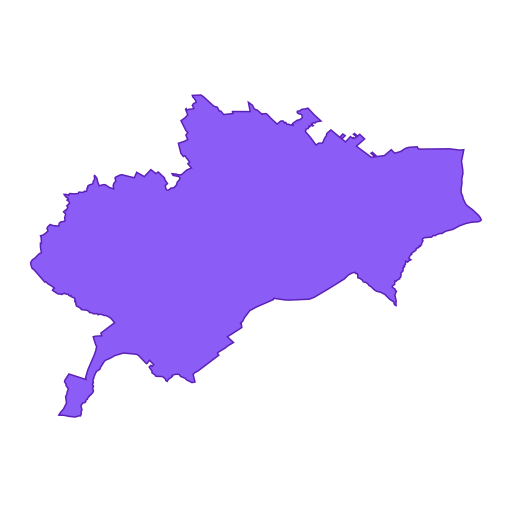 Bumbesti-Pitic, Gorj, Romania (Natural Earth projection)
{"feature_id": "2599482B28908245700119", "entity_name": "Bumbesti-Pitic", "entity_type": "district", "adm_level": 2, "iso_a3": "ROU", "parent_name": "Romania", "parent_adm1": "Gorj", "projection": "natural_earth1", "projection_center": [23.707, 45.117], "detail": "fine", "context": "isolated", "style": "filled", "palette": "violet", "viewbox_px": 512, "rotation_deg": 0, "n_neighbors": 0, "source": "geoboundaries", "source_scale": "gbopen_adm2", "svg_char_len": 5966}
<svg xmlns="http://www.w3.org/2000/svg" viewBox="0 0 512 512"><path d="M396.1,305.5L395.9,303.4L396.2,301.0L394.9,295.3L395.8,292.4L396.5,291.3L395.4,290.5L395.0,289.0L392.3,287.3L392.4,286.0L394.7,284.4L394.8,281.0L396.2,281.2L396.8,280.4L399.7,278.7L399.6,277.9L400.7,277.1L401.1,274.5L400.6,273.4L403.0,270.9L403.2,267.7L404.6,266.7L403.9,265.7L405.4,264.4L405.7,261.2L407.6,262.1L409.0,260.6L410.9,259.8L408.7,258.2L410.5,255.0L411.7,254.4L411.3,253.5L416.0,250.1L416.3,248.4L418.9,247.5L419.1,246.0L420.3,246.2L421.6,244.3L421.9,242.8L423.0,240.8L422.2,239.8L422.5,239.0L424.3,237.7L431.6,237.1L433.4,235.4L435.0,235.7L437.2,234.4L440.2,233.4L441.7,233.6L445.7,231.2L452.9,229.4L459.9,225.6L466.5,223.3L471.8,222.2L478.2,221.8L479.8,221.2L481.3,220.0L480.2,217.5L478.6,215.4L472.9,210.0L467.2,205.7L465.5,203.7L463.0,198.3L462.8,196.7L461.2,192.7L461.1,189.7L462.0,182.9L461.8,178.7L462.9,173.6L462.8,170.0L461.5,161.2L463.8,149.7L459.7,150.1L449.6,148.8L421.3,149.1L418.2,148.9L417.3,146.8L409.1,147.3L405.5,148.3L400.4,151.6L394.6,153.2L391.3,149.7L384.4,155.6L376.9,156.5L372.4,152.3L371.0,153.3L374.9,156.8L371.3,157.3L356.4,146.2L364.6,138.9L359.7,134.3L357.6,136.1L354.5,133.5L353.4,134.2L356.6,137.0L354.4,138.5L353.5,137.6L352.8,138.3L350.4,136.6L345.6,141.9L341.1,138.3L342.9,137.9L345.2,135.7L342.8,134.0L339.8,137.3L330.9,129.9L326.7,133.6L326.3,135.9L324.6,138.2L322.8,142.5L322.2,143.1L318.6,143.2L316.0,145.0L310.5,137.5L305.4,131.5L305.8,130.6L305.7,129.6L306.3,128.9L308.1,128.6L309.1,126.1L309.7,126.8L310.9,125.3L312.6,126.0L313.3,125.6L311.6,123.9L312.9,122.8L315.2,123.0L316.2,121.9L321.0,121.0L314.5,115.1L307.9,108.1L305.5,108.9L301.9,109.3L299.4,111.0L297.4,111.2L297.2,112.1L297.4,112.8L298.8,113.8L300.8,114.1L302.0,115.3L302.3,117.7L299.8,119.7L297.2,120.2L292.7,123.4L292.6,124.0L293.3,125.2L293.0,125.4L291.6,124.7L290.9,125.2L288.2,124.1L286.9,124.3L285.7,122.4L284.6,123.1L283.3,121.1L282.0,120.9L280.5,121.2L277.2,124.1L271.1,118.5L267.3,114.4L266.2,113.7L264.9,113.6L262.7,113.8L262.2,114.4L257.0,109.9L255.6,109.7L254.2,108.7L252.4,105.2L248.4,102.3L250.2,111.6L232.6,111.5L232.3,111.9L233.0,112.8L232.9,113.6L223.6,114.5L220.9,111.1L219.3,111.0L217.3,107.2L213.8,106.2L203.8,97.0L201.0,95.0L192.3,95.4L192.8,96.9L194.5,98.8L196.0,101.4L196.1,102.4L193.6,103.5L192.3,105.4L193.9,108.4L192.5,109.0L189.0,109.2L187.0,110.1L186.1,108.6L185.6,109.3L187.7,114.8L185.0,117.8L181.0,120.7L185.9,130.5L187.8,132.6L185.9,135.1L187.7,139.6L184.6,141.2L178.4,143.3L178.7,144.5L180.9,153.3L183.3,156.5L184.8,155.7L188.9,161.1L189.6,162.2L187.8,163.7L191.5,168.0L186.9,169.9L181.5,174.7L178.8,174.9L176.0,174.1L172.1,173.7L173.1,175.4L178.6,176.5L179.9,177.7L179.7,179.4L177.3,182.1L176.4,185.1L173.8,187.8L170.6,188.2L170.3,188.8L168.3,190.1L166.8,190.1L165.8,188.2L165.2,185.6L167.5,183.6L164.9,179.8L164.5,177.9L158.2,172.0L155.9,173.6L150.9,169.6L144.3,176.6L136.7,172.3L134.3,177.8L121.9,174.7L120.1,175.0L115.5,177.2L115.0,178.0L115.8,181.2L114.0,183.1L113.2,185.3L113.6,188.8L109.6,187.6L105.2,184.7L103.0,184.7L99.2,185.8L97.7,181.9L97.0,178.6L95.3,176.0L94.5,175.5L94.3,176.0L94.6,179.2L93.2,181.5L92.9,183.4L92.1,184.2L89.7,184.7L87.7,186.1L87.8,187.2L86.9,188.4L87.0,190.2L86.3,191.3L84.5,191.2L84.0,191.9L82.5,192.4L79.0,192.1L78.2,193.5L74.1,193.9L70.0,193.5L68.8,194.3L68.9,195.2L68.5,195.3L66.2,194.4L64.1,194.4L65.9,196.9L68.2,198.4L68.2,199.2L67.2,199.7L67.0,200.2L68.6,201.1L69.6,203.2L66.8,205.8L67.8,207.2L66.5,209.9L65.5,210.0L65.6,210.8L64.4,211.0L63.5,211.8L65.7,214.1L64.6,217.9L65.0,220.0L64.7,221.2L60.5,222.0L59.2,223.4L58.8,226.1L53.2,225.6L50.1,224.5L47.6,227.0L47.0,228.5L47.9,230.7L47.7,231.4L43.4,234.9L40.5,235.8L41.1,237.2L41.5,243.0L40.4,243.1L40.5,247.6L41.4,252.7L39.1,253.8L34.8,258.2L32.3,259.8L30.7,262.5L31.0,265.3L32.2,268.5L33.9,269.6L44.8,282.1L45.8,281.7L48.1,283.9L51.8,286.1L54.3,288.1L53.3,288.8L52.5,290.3L56.9,293.3L58.8,294.1L61.3,294.0L61.8,294.5L64.2,293.2L65.5,294.0L68.2,294.1L68.5,295.1L69.7,295.9L71.0,295.6L71.2,296.7L74.9,298.3L74.8,300.3L75.6,300.9L74.9,301.6L75.5,302.1L75.4,302.6L76.1,303.6L75.9,304.7L76.6,306.1L79.2,307.3L81.1,308.8L81.3,309.6L86.6,310.2L88.9,311.3L89.5,312.6L91.6,312.7L93.6,313.8L97.2,313.7L98.1,314.8L99.5,314.2L102.1,314.6L104.2,315.5L106.3,315.6L110.5,317.9L114.6,322.7L100.9,333.1L101.8,335.8L95.5,336.2L93.2,336.8L95.8,345.1L96.7,346.3L95.7,350.8L94.2,355.1L87.9,369.7L85.6,377.6L86.0,379.5L68.9,374.0L64.9,380.2L64.5,381.8L66.1,384.1L66.0,385.5L68.4,389.1L67.1,392.0L66.9,394.4L65.6,396.4L66.5,403.0L63.5,409.0L61.0,411.8L58.7,415.1L58.9,415.2L63.9,415.3L69.1,416.4L75.2,417.0L79.3,415.8L80.5,415.9L81.3,413.9L81.0,411.7L82.0,409.9L80.9,405.7L82.9,402.9L84.2,402.8L85.6,402.0L85.9,400.2L87.4,399.2L88.2,397.1L89.3,396.5L89.5,395.5L90.8,394.9L92.9,392.4L93.5,390.7L92.6,388.4L93.5,386.4L93.4,385.7L92.5,385.0L92.8,383.3L93.4,382.8L92.9,379.9L93.9,378.1L93.7,377.3L96.4,371.5L99.8,369.3L100.5,367.4L104.3,361.4L105.4,360.3L110.3,358.2L114.8,355.6L123.5,353.0L136.7,354.3L138.8,355.7L146.4,363.7L147.0,363.5L149.6,360.3L153.8,364.8L152.1,366.4L150.9,365.3L149.1,367.0L152.0,371.1L151.9,372.7L155.0,374.9L155.5,375.9L156.2,376.3L162.5,376.6L165.1,378.6L165.9,380.6L167.2,381.4L168.4,379.3L171.9,376.9L172.4,376.2L172.1,375.5L172.4,375.2L175.9,374.2L179.1,374.4L180.7,376.5L184.8,378.1L186.8,380.0L192.0,382.6L195.0,382.0L193.1,374.4L194.7,372.7L198.2,370.8L218.8,355.2L217.4,353.0L218.2,352.3L225.2,348.0L227.4,346.1L233.5,342.5L227.4,336.8L241.8,327.5L241.3,323.7L240.6,323.7L240.4,323.2L242.7,321.3L244.4,317.7L249.8,310.6L256.8,306.8L273.4,299.6L273.7,298.3L284.6,299.9L289.3,300.1L309.2,299.2L314.2,297.3L327.7,289.3L344.3,279.0L348.3,275.0L352.3,272.9L355.0,272.3L355.7,273.5L357.3,273.7L357.7,274.6L357.8,277.8L359.7,278.3L361.9,279.7L363.3,281.8L366.2,282.6L368.1,284.1L368.9,285.5L370.7,286.4L374.6,290.1L376.6,291.2L381.0,292.4L384.8,294.4L389.6,299.2L393.5,301.7L394.6,304.8L396.1,305.5Z" fill="#8b5cf6" stroke="#5b21b6" stroke-width="1.5"/></svg>